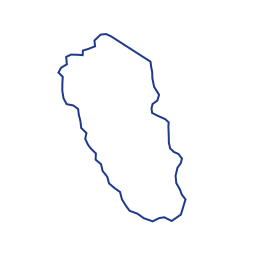 Santa Rosa de Lima, Sergipe, Brazil (orthographic projection), rotated 210°
{"feature_id": "56859067B31979699807440", "entity_name": "Santa Rosa de Lima", "entity_type": "district", "adm_level": 2, "iso_a3": "BRA", "parent_name": "Brazil", "parent_adm1": "Sergipe", "projection": "orthographic", "projection_center": [-37.236, -10.632], "detail": "fine", "context": "isolated", "style": "outline", "palette": "blue", "viewbox_px": 256, "rotation_deg": 210, "n_neighbors": 0, "source": "geoboundaries", "source_scale": "gbopen_adm2", "svg_char_len": 1006}
<svg xmlns="http://www.w3.org/2000/svg" viewBox="0 0 256 256"><g transform="rotate(210 128 128)"><path d="M177.4,115.1L172.6,110.1L168.5,104.6L161.5,102.9L159.6,97.2L154.1,93.4L149.8,91.6L143.1,89.9L140.2,84.4L133.3,83.2L128.5,78.1L121.6,75.4L116.7,70.5L109.3,69.2L102.9,68.6L97.6,63.2L90.7,59.5L85.2,57.1L77.0,58.5L69.1,57.8L60.0,59.5L55.9,65.6L52.0,68.8L43.7,69.3L38.9,79.5L42.5,94.9L48.2,97.3L52.5,100.9L58.6,104.4L62.9,110.4L65.3,118.3L64.7,123.9L66.0,128.5L71.3,130.7L76.3,130.2L81.3,131.4L85.2,135.6L89.9,143.4L93.6,149.2L95.6,153.2L100.0,154.3L107.5,153.5L114.6,153.1L117.5,156.8L118.7,161.1L116.3,166.5L117.7,172.3L126.0,176.7L131.8,183.3L135.0,188.5L138.4,192.4L141.7,196.7L188.6,198.9L193.9,198.4L198.4,195.2L200.8,187.0L197.4,182.3L202.0,176.5L205.8,172.5L203.7,168.4L208.5,166.1L214.0,163.1L217.1,158.7L212.8,152.6L216.1,146.7L215.9,141.2L210.1,139.7L207.2,133.9L203.4,127.2L198.6,121.4L193.0,118.0L186.5,120.2L180.7,119.5L177.4,115.1Z" fill="none" stroke="#1e3a8a" stroke-width="2"/></g></svg>